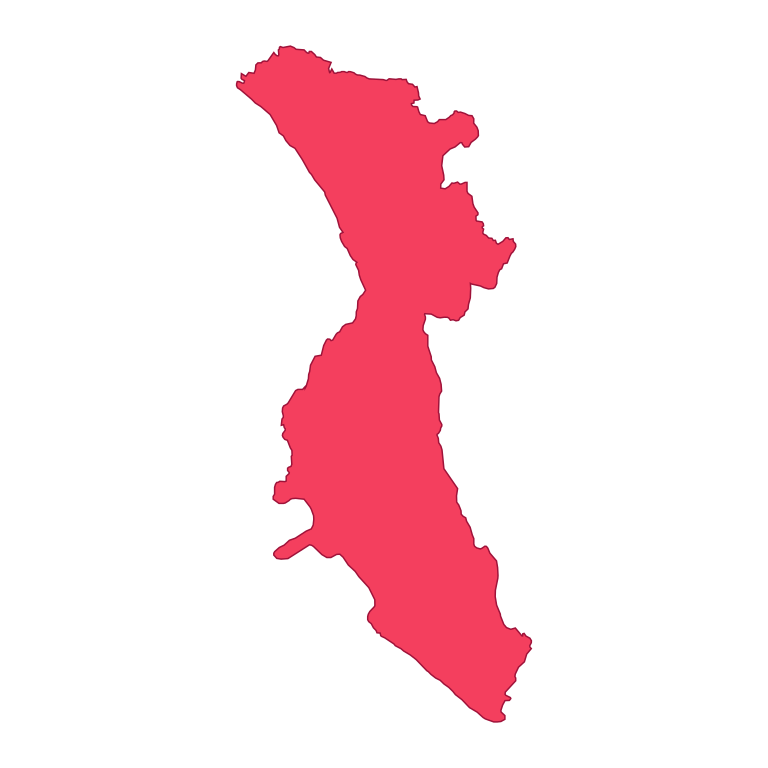 Garabito, Puntarenas, Costa Rica
{"feature_id": "36466004B76673798564195", "entity_name": "Garabito", "entity_type": "district", "adm_level": 2, "iso_a3": "CRI", "parent_name": "Costa Rica", "parent_adm1": "Puntarenas", "projection": "natural_earth1", "projection_center": [-84.613, 9.708], "detail": "fine", "context": "isolated", "style": "filled", "palette": "rose", "viewbox_px": 768, "rotation_deg": 0, "n_neighbors": 0, "source": "geoboundaries", "source_scale": "gbopen_adm2", "svg_char_len": 6032}
<svg xmlns="http://www.w3.org/2000/svg" viewBox="0 0 768 768"><path d="M473.8,118.8L472.0,115.7L468.6,115.4L464.9,113.5L460.5,112.1L458.2,112.4L456.6,111.0L454.9,111.0L454.2,111.8L454.0,113.2L452.6,114.8L450.8,115.6L449.3,117.2L445.8,119.6L439.3,119.6L437.6,121.7L434.3,123.5L429.4,123.0L427.6,121.7L425.2,115.7L420.6,114.6L420.0,114.0L418.8,111.5L417.6,107.1L416.9,106.7L413.0,106.5L411.6,105.2L411.4,103.6L413.9,103.0L414.1,100.2L417.9,100.0L420.1,99.0L418.7,96.0L418.5,92.9L417.0,86.6L414.9,87.0L412.5,84.3L408.5,83.7L406.9,81.6L406.2,79.4L402.0,79.6L401.2,78.9L398.7,78.9L396.0,79.4L389.1,78.8L386.9,80.4L385.8,80.4L383.3,79.6L369.3,78.9L367.0,78.0L364.9,76.5L359.9,75.1L357.5,75.0L355.6,74.2L354.0,72.8L350.5,71.7L348.6,71.6L347.6,72.4L346.2,72.4L344.2,71.6L341.7,71.6L340.3,72.3L337.5,72.5L336.5,73.2L334.2,73.2L331.8,69.0L330.1,72.5L329.6,72.6L328.6,68.5L331.1,62.4L323.5,60.2L320.5,57.5L316.4,57.0L314.8,54.6L311.4,51.5L309.3,51.5L308.8,53.1L308.0,53.2L306.6,52.5L304.1,49.9L296.1,49.3L294.0,47.6L290.4,46.1L283.0,47.5L280.3,46.6L279.5,47.3L279.3,49.1L278.4,49.9L278.8,54.7L278.4,55.8L277.1,55.8L275.3,54.5L273.8,52.5L267.9,60.8L267.0,61.4L264.2,61.0L262.5,61.5L261.3,62.8L257.9,62.9L255.9,64.9L255.4,70.0L254.0,73.3L248.8,72.5L245.9,76.3L241.4,73.6L241.1,78.2L242.0,79.4L244.5,80.6L244.1,82.5L243.7,83.2L242.5,83.2L239.2,81.6L237.6,81.5L237.2,81.7L236.6,83.9L236.6,85.7L237.5,87.8L240.3,89.6L251.7,99.3L255.3,103.0L260.8,106.5L270.1,114.5L276.6,125.5L279.1,132.8L283.4,135.9L285.9,140.6L290.0,145.5L295.0,148.3L302.4,159.7L309.5,172.4L311.5,174.5L314.7,179.9L324.7,192.0L325.3,195.1L337.1,218.3L339.5,227.3L343.0,232.4L340.6,233.5L340.0,234.8L340.3,237.9L341.6,241.4L344.6,246.5L347.2,248.5L350.3,255.6L353.0,259.5L356.9,262.3L356.1,263.1L355.8,264.6L358.6,270.4L359.3,275.2L360.8,279.8L365.6,290.2L362.8,294.5L360.3,296.5L357.9,300.9L357.5,308.5L356.3,311.8L356.2,315.8L355.5,318.9L352.6,322.9L345.7,324.4L342.5,326.8L339.7,331.8L337.4,332.9L336.1,334.3L332.7,340.1L331.0,340.6L329.8,339.2L327.6,339.0L326.4,340.1L323.7,345.5L321.3,355.2L315.1,356.3L310.5,365.2L309.7,371.4L308.7,374.4L308.4,378.8L306.2,386.1L305.1,388.2L305.0,386.8L302.6,389.4L297.9,389.4L295.6,390.6L288.1,403.0L286.9,404.2L283.6,406.0L282.6,408.0L282.3,411.7L283.3,415.6L283.3,417.4L282.2,418.7L281.9,419.8L281.3,425.3L283.6,424.7L284.3,427.7L285.2,428.7L285.2,430.2L282.8,433.5L282.4,435.5L283.1,437.3L284.8,439.4L287.4,440.3L290.3,447.8L291.9,450.4L292.1,455.2L291.3,456.3L291.8,464.3L291.0,466.4L288.6,467.3L287.6,468.2L287.6,470.5L289.3,472.7L289.1,473.5L286.2,476.3L286.2,481.0L285.0,481.6L279.8,481.3L278.2,482.3L276.7,482.5L275.5,484.3L274.6,487.3L274.6,494.2L273.2,496.4L273.2,499.2L279.0,503.4L283.4,503.4L285.2,503.0L289.0,500.6L290.3,499.3L292.1,498.6L295.7,498.3L304.1,499.2L310.0,506.9L311.3,509.3L313.6,515.7L313.8,519.3L313.2,525.1L311.3,528.9L306.2,531.1L295.3,538.2L289.4,540.3L284.2,545.1L279.3,547.5L274.7,551.6L273.8,553.2L273.8,555.1L276.8,558.4L281.1,559.1L287.9,558.6L309.5,544.8L311.7,545.3L313.5,546.5L321.9,554.6L326.8,557.5L330.9,557.5L336.6,554.4L339.8,554.2L343.1,557.2L348.3,565.0L355.2,571.4L358.9,576.7L368.8,587.6L374.8,599.7L374.9,605.2L374.6,606.4L369.8,611.5L368.3,614.2L367.7,616.5L367.7,619.7L368.7,621.6L371.3,623.7L373.4,627.7L376.1,630.5L377.0,632.8L380.2,633.1L380.7,635.6L381.4,636.3L384.7,637.8L393.9,643.9L395.3,645.7L401.0,648.7L403.8,651.1L410.2,654.9L416.3,659.7L426.8,670.7L428.4,671.7L431.0,674.4L435.6,678.0L440.2,680.3L444.0,684.0L448.7,687.3L452.9,691.4L455.4,694.6L462.0,699.7L469.5,707.6L477.1,712.1L483.1,717.5L485.3,718.9L493.7,721.9L497.3,721.9L500.9,721.5L504.9,719.3L504.9,715.6L501.1,712.0L500.9,710.4L502.6,705.1L505.0,700.6L509.4,700.4L510.8,698.6L510.4,697.6L505.8,695.3L505.1,694.4L505.3,692.1L515.7,680.8L515.7,678.0L514.9,676.5L515.3,674.0L518.5,667.2L524.4,661.8L526.7,654.1L531.3,648.6L529.9,647.0L529.7,645.8L531.3,642.7L531.4,640.7L529.9,638.2L526.0,636.1L524.1,633.4L522.8,633.8L522.6,635.9L521.8,635.8L515.3,628.0L510.8,629.3L506.5,627.6L503.8,624.4L500.5,616.0L500.3,614.1L496.6,605.1L495.2,596.6L495.4,590.2L497.8,578.4L498.0,575.5L497.6,567.6L496.5,560.9L489.9,553.2L487.8,548.1L486.4,546.4L484.9,546.2L481.9,548.3L480.3,548.9L476.7,547.9L474.6,546.3L473.8,544.1L473.8,538.6L472.3,535.0L470.1,527.2L466.6,521.3L465.7,517.8L463.1,516.3L461.2,514.2L461.0,510.8L460.0,508.1L458.7,504.9L456.7,502.2L456.5,495.8L457.6,488.6L443.9,468.7L442.0,449.9L440.9,446.2L438.7,442.7L438.3,438.3L437.0,435.1L437.1,434.3L438.5,433.3L440.3,430.4L440.7,428.0L441.8,426.0L441.8,424.5L439.4,420.0L439.0,413.8L438.5,412.6L439.0,396.7L439.8,394.0L441.6,391.1L441.1,384.3L439.6,378.4L436.4,372.7L434.8,366.7L431.4,360.0L431.2,356.6L427.8,346.2L427.8,335.3L425.4,333.7L423.6,331.5L422.9,329.7L423.2,325.6L425.4,319.2L425.4,316.9L424.6,314.7L424.8,313.7L431.3,314.1L437.2,317.3L440.2,317.8L444.4,317.2L447.4,317.3L448.8,318.0L450.4,320.2L453.1,319.7L456.0,320.8L458.6,320.3L460.2,317.6L464.2,315.1L464.9,312.0L468.0,308.9L468.5,304.4L470.3,297.9L470.7,288.3L470.4,283.4L471.5,284.0L480.5,286.0L483.8,287.6L488.5,288.9L493.2,288.5L494.9,287.3L496.7,283.5L497.0,277.2L498.4,272.4L499.9,269.6L501.6,268.8L503.5,263.8L507.2,263.0L510.0,255.9L511.4,253.3L512.8,252.1L514.7,249.2L515.8,246.6L515.6,244.1L513.3,241.4L513.0,238.8L509.3,239.5L508.0,237.7L505.9,237.8L502.9,241.3L498.0,244.3L496.4,243.2L495.4,240.3L493.3,240.5L491.9,238.3L488.6,238.0L486.3,235.4L483.5,234.1L482.9,233.2L482.9,231.9L483.6,229.1L482.2,227.9L482.3,226.7L483.6,225.8L483.3,223.7L482.1,221.9L476.6,221.0L476.1,220.4L475.9,216.2L477.9,214.7L478.0,212.9L474.2,207.2L472.9,203.7L471.9,196.3L468.0,193.4L467.0,191.3L467.0,182.4L465.1,182.4L461.2,184.1L459.8,184.1L457.6,182.1L453.9,183.3L451.9,183.0L449.0,186.4L445.2,188.8L440.7,188.1L440.8,184.1L444.0,179.8L443.7,175.1L441.7,165.7L442.9,155.7L450.1,149.0L455.1,146.9L460.3,142.6L461.8,142.7L462.5,144.3L464.7,147.0L468.7,146.7L471.1,142.4L475.5,139.1L477.6,136.9L478.4,135.6L478.2,130.7L476.9,127.2L473.7,123.2L473.8,118.8Z" fill="#f43f5e" stroke="#9f1239" stroke-width="1.5"/></svg>